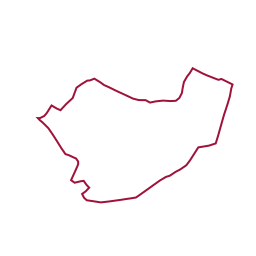 outline of Dostluk, Chardzhou, Turkmenistan, rotated 204°
{"feature_id": "10190150B13703090222147", "entity_name": "Dostluk", "entity_type": "district", "adm_level": 2, "iso_a3": "TKM", "parent_name": "Turkmenistan", "parent_adm1": "Chardzhou", "projection": "albers", "projection_center": [65.017, 37.433], "detail": "fine", "context": "isolated", "style": "outline", "palette": "rose", "viewbox_px": 256, "rotation_deg": 204, "n_neighbors": 0, "source": "geoboundaries", "source_scale": "gbopen_adm2", "svg_char_len": 1358}
<svg xmlns="http://www.w3.org/2000/svg" viewBox="0 0 256 256"><g transform="rotate(204 128 128)"><path d="M122.5,49.0L115.4,53.2L105.9,59.1L99.2,63.4L97.4,64.5L92.5,67.7L90.6,70.8L85.9,78.7L84.1,81.8L81.0,87.1L77.5,93.0L73.5,98.7L73.4,98.8L70.5,101.3L69.1,103.5L66.6,107.4L63.5,111.3L59.6,117.6L58.2,123.6L57.1,130.9L56.9,132.3L55.9,138.9L49.0,143.4L46.9,144.8L41.6,149.6L42.5,157.3L43.7,165.5L45.6,178.7L46.6,188.7L46.6,188.8L47.8,198.3L49.7,206.0L50.2,210.2L50.2,210.3L62.6,210.8L62.8,210.7L63.3,210.2L65.0,208.8L70.1,208.5L77.6,208.2L82.5,208.2L83.7,208.3L92.5,208.8L93.2,208.9L93.9,203.5L95.0,198.8L95.6,192.7L94.3,186.7L93.0,182.0L93.3,176.3L95.4,172.3L100.1,169.9L107.1,167.3L113.5,163.6L118.2,160.2L123.2,160.6L129.5,157.9L135.2,156.9L154.3,157.2L162.0,157.5L167.4,157.5L171.4,158.4L178.8,159.4L182.1,156.0L184.5,154.7L188.4,149.0L191.4,143.9L190.7,132.9L194.3,124.5L196.9,116.8L200.9,116.8L207.0,117.5L208.3,108.6L209.4,104.9L212.4,101.3L214.4,100.4L211.5,99.2L211.4,99.2L207.9,98.2L200.6,95.4L193.3,90.9L187.1,86.8L186.2,86.2L180.9,82.6L174.5,78.7L170.9,79.1L167.1,79.0L163.0,79.0L162.5,78.7L161.4,78.0L159.9,77.1L158.8,74.7L158.7,71.8L158.7,65.1L158.8,57.2L154.5,56.3L149.7,60.0L147.0,61.7L142.8,59.2L141.8,58.8L139.2,57.7L140.9,52.9L143.1,49.1L139.8,46.4L136.3,45.2L129.9,47.0L122.5,49.0Z" fill="none" stroke="#9f1239" stroke-width="2"/></g></svg>